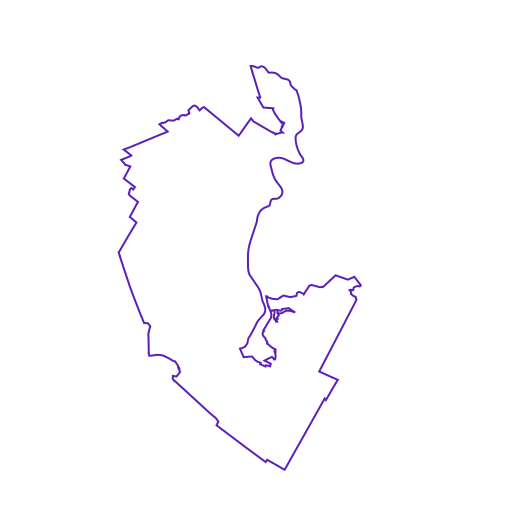 outline of Valgundes pag., Jelgava, Latvia, rotated 224°
{"feature_id": "27541924B46237996124836", "entity_name": "Valgundes pag.", "entity_type": "district", "adm_level": 2, "iso_a3": "LVA", "parent_name": "Latvia", "parent_adm1": "Jelgava", "projection": "natural_earth1", "projection_center": [23.642, 56.791], "detail": "fine", "context": "isolated", "style": "outline", "palette": "violet", "viewbox_px": 512, "rotation_deg": 224, "n_neighbors": 0, "source": "geoboundaries", "source_scale": "gbopen_adm2", "svg_char_len": 6070}
<svg xmlns="http://www.w3.org/2000/svg" viewBox="0 0 512 512"><g transform="rotate(224 256 256)"><path d="M129.8,111.3L105.9,114.5L106.4,117.2L86.9,122.1L107.6,201.2L105.6,200.8L111.1,223.2L111.1,223.7L130.3,216.8L138.6,245.0L150.3,284.3L151.6,288.8L153.5,294.5L154.9,295.0L155.5,295.7L156.1,295.8L156.7,295.6L157.6,295.0L161.4,294.7L161.8,295.1L162.1,295.7L162.7,296.1L163.7,296.4L164.9,296.4L164.7,297.1L164.3,297.6L163.3,298.1L162.8,298.4L162.5,298.9L162.4,299.2L163.3,300.3L163.6,300.9L163.7,301.2L163.7,301.8L163.0,303.5L162.3,304.6L161.4,305.5L160.6,305.9L160.2,306.3L160.1,306.9L160.3,307.8L170.8,309.3L173.5,302.8L185.3,297.4L186.0,285.0L186.1,282.8L186.3,280.1L186.6,280.1L186.8,279.9L188.4,277.9L196.0,273.7L196.7,271.9L197.1,271.5L196.0,267.3L195.9,265.7L195.0,261.6L195.4,261.7L195.9,261.7L199.9,260.2L200.4,259.7L200.8,257.9L200.4,257.1L199.3,255.7L199.4,255.2L199.7,254.6L202.9,250.1L208.7,246.7L209.0,245.8L209.9,242.8L209.9,242.4L209.7,242.1L210.1,241.3L210.4,240.1L210.6,239.8L211.3,239.1L215.0,236.2L216.5,235.6L217.0,235.5L218.8,234.2L219.6,234.8L220.7,234.0L214.3,229.6L213.5,229.1L211.8,228.5L212.0,228.2L207.5,226.5L206.3,225.9L204.3,224.6L203.7,224.0L202.6,222.4L202.2,221.6L199.0,207.4L198.1,207.5L198.2,207.0L197.8,205.6L197.7,205.2L197.3,204.7L196.4,204.0L195.5,203.6L193.9,203.4L193.3,203.5L191.8,203.2L190.6,202.4L188.5,202.2L187.1,201.1L187.4,200.8L187.1,200.6L186.7,200.8L179.8,201.4L179.7,201.5L177.0,202.4L175.8,201.0L175.4,200.6L176.4,200.3L176.1,200.0L173.0,198.3L172.4,197.7L170.7,195.3L170.7,195.1L170.5,194.9L171.2,194.1L171.8,194.3L173.5,194.6L174.4,194.5L174.4,194.4L176.1,190.2L177.2,186.7L174.6,187.5L170.6,188.8L170.3,188.4L169.2,186.4L170.9,185.7L172.9,184.2L172.4,183.1L177.8,181.1L178.3,182.4L182.1,180.8L184.0,180.6L187.3,180.7L187.9,180.9L189.1,180.9L194.6,174.7L200.8,177.2L203.2,178.3L202.2,179.8L201.9,180.6L200.9,182.9L201.4,186.9L203.8,190.7L204.5,192.2L204.9,194.9L206.8,201.7L209.2,209.2L209.6,211.3L209.9,219.7L210.9,222.5L213.1,224.9L217.1,227.0L219.8,228.0L227.5,233.0L230.1,234.1L232.5,234.9L247.0,237.9L247.6,238.0L249.3,238.9L251.4,240.2L254.1,242.5L256.7,245.2L261.8,250.4L263.8,252.7L266.0,255.6L268.0,258.6L270.7,263.6L277.4,277.5L279.0,280.8L281.8,284.8L282.6,286.2L283.6,288.9L284.1,290.9L284.2,291.8L284.2,292.9L283.8,295.2L283.3,297.0L282.0,299.6L281.6,300.7L281.4,301.7L281.6,302.4L283.4,305.3L283.9,306.8L283.9,307.6L283.8,308.3L282.7,309.8L281.8,310.6L280.9,311.6L280.4,312.5L280.0,313.4L279.8,314.6L279.8,316.3L279.9,317.3L280.2,318.3L280.5,318.9L280.9,319.6L281.4,320.3L282.4,321.2L284.7,322.4L286.3,322.8L292.1,323.6L293.4,323.9L296.0,324.5L299.6,326.0L302.5,327.6L308.3,331.2L309.9,332.4L310.8,333.7L311.3,335.1L311.3,336.6L310.9,338.0L310.7,338.6L309.4,340.7L307.6,342.8L305.6,344.2L303.8,345.2L302.5,345.7L301.1,346.1L298.1,347.2L295.9,347.9L292.9,349.3L291.4,350.3L289.9,351.6L288.3,353.8L287.6,355.7L287.8,356.6L288.2,357.5L288.8,358.1L290.0,358.8L293.7,359.5L295.0,359.8L299.1,361.3L303.6,363.7L306.8,365.9L308.9,367.8L310.2,369.2L310.6,370.0L311.1,371.2L311.2,371.9L311.1,372.9L310.8,374.8L310.4,377.7L310.6,378.9L310.9,379.8L311.4,380.7L312.1,381.6L313.6,382.9L318.8,386.5L319.9,387.4L324.0,391.5L326.8,394.0L332.7,398.1L335.8,400.1L342.0,403.4L343.8,402.8L345.8,402.9L347.7,402.8L348.5,402.9L349.1,403.0L350.5,403.5L352.0,404.6L352.7,405.0L353.4,405.2L354.5,405.2L355.6,405.0L356.5,404.6L360.0,402.4L360.9,402.0L362.2,401.8L365.8,401.8L367.9,401.5L368.9,401.1L370.8,400.0L371.8,399.2L373.4,397.5L374.1,396.9L374.5,396.8L375.6,396.8L377.9,397.3L380.3,397.5L381.8,397.3L382.7,397.0L384.0,396.1L384.3,395.6L384.7,394.6L384.7,393.8L384.9,393.2L385.6,392.5L388.8,391.2L389.5,390.8L390.8,390.0L391.8,389.0L389.6,387.6L386.7,386.1L386.8,386.0L385.6,385.3L385.5,385.2L384.1,384.4L383.8,384.4L383.7,384.2L381.3,382.9L381.1,382.9L373.3,378.5L363.0,372.9L363.0,372.7L364.9,371.1L353.8,367.9L350.4,370.8L350.4,370.7L349.9,371.1L346.2,374.3L345.9,374.0L345.6,373.1L345.3,372.9L341.7,371.7L335.2,370.3L334.4,370.2L330.3,369.6L331.2,370.4L328.1,371.3L327.5,369.4L327.3,367.1L326.6,367.2L326.5,366.0L325.6,363.3L322.7,363.3L323.1,363.0L326.1,357.9L326.6,357.9L326.5,357.0L329.1,357.0L329.4,356.4L330.4,356.3L331.2,355.9L332.5,355.6L351.4,351.0L355.2,351.6L352.0,330.5L396.8,327.0L397.6,325.0L397.7,321.6L399.4,321.8L402.0,322.3L404.6,321.7L405.5,320.2L405.6,319.9L405.8,314.8L405.9,314.0L405.5,313.9L404.2,312.8L403.1,312.5L402.9,311.7L403.3,311.1L403.5,311.0L404.1,308.3L404.8,307.7L405.6,307.5L405.9,307.0L406.3,306.7L407.4,305.3L407.7,303.1L407.0,301.4L406.6,300.5L407.6,300.0L408.1,300.0L409.2,296.4L409.5,296.0L413.4,292.7L414.2,288.7L414.8,288.3L415.0,287.4L416.0,286.8L416.2,285.8L417.0,283.7L406.0,284.1L408.4,278.4L408.7,277.9L419.4,253.2L423.1,244.8L425.1,240.7L415.5,241.7L415.6,241.0L416.3,239.2L419.8,231.5L413.8,231.0L413.6,230.7L408.6,233.1L404.9,219.9L392.4,221.3L391.0,221.5L390.5,218.6L392.8,218.3L393.0,216.3L391.7,214.4L391.8,214.4L390.6,212.2L388.9,211.9L388.4,211.9L378.4,212.9L378.0,211.5L378.0,211.1L373.9,196.4L365.3,197.1L361.8,181.8L357.3,163.7L357.4,163.3L354.2,161.6L353.7,161.3L353.8,161.2L326.1,146.7L317.5,142.5L296.2,132.7L296.1,132.8L289.9,130.0L287.3,132.4L287.1,132.5L283.2,132.0L281.7,129.0L279.5,125.5L279.4,125.5L278.2,123.9L276.8,122.8L265.9,111.9L265.8,111.5L265.3,111.4L263.5,110.1L261.7,112.1L258.5,116.2L256.7,117.8L253.8,119.8L248.3,121.7L242.3,123.1L241.0,124.0L235.9,122.9L233.7,122.0L234.1,121.8L234.3,121.6L230.1,119.9L229.5,114.8L229.6,114.7L229.5,114.1L232.5,112.0L230.3,109.6L228.1,109.7L227.8,109.4L227.5,109.7L180.7,110.9L172.0,111.5L168.1,110.7L166.8,106.8L161.0,107.5L129.8,111.3ZM201.7,230.7L201.7,230.4L198.4,229.1L198.1,226.3L196.9,225.9L197.9,224.9L195.1,223.5L195.9,222.7L197.3,223.3L198.7,223.4L198.8,223.3L200.5,224.0L203.5,228.3L204.2,229.0L205.3,229.3L206.9,227.1L207.1,226.7L207.5,226.9L203.7,231.7L203.1,232.0L200.2,233.8L199.8,234.8L199.6,234.7L200.2,235.4L200.5,235.8L196.2,241.3L195.9,241.2L188.6,242.6L193.3,240.3L196.3,237.6L196.9,236.0L197.7,232.9L199.7,230.2L201.7,230.7Z" fill="none" stroke="#5b21b6" stroke-width="2"/></g></svg>